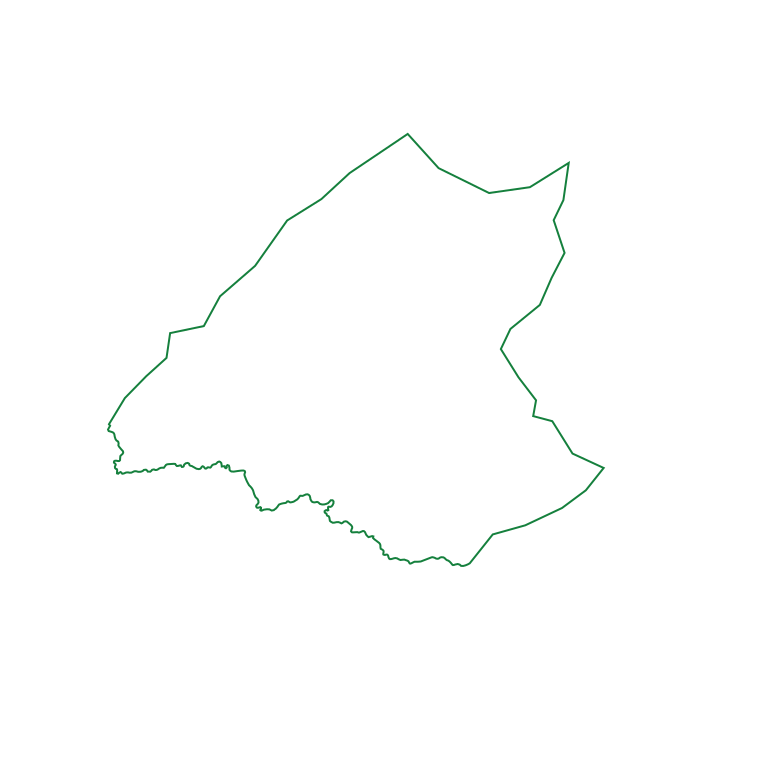 Asokwa Municipal, Ashanti, Ghana (Robinson projection), rotated 58°
{"feature_id": "2480657B91188187265148", "entity_name": "Asokwa Municipal", "entity_type": "district", "adm_level": 2, "iso_a3": "GHA", "parent_name": "Ghana", "parent_adm1": "Ashanti", "projection": "robinson", "projection_center": [-1.578, 6.646], "detail": "fine", "context": "isolated", "style": "outline", "palette": "green", "viewbox_px": 768, "rotation_deg": 58, "n_neighbors": 0, "source": "geoboundaries", "source_scale": "gbopen_adm2", "svg_char_len": 4857}
<svg xmlns="http://www.w3.org/2000/svg" viewBox="0 0 768 768"><g transform="rotate(58 384 384)"><path d="M581.5,406.3L569.2,371.5L578.7,339.1L583.5,298.7L581.1,269.1L571.6,242.2L542.9,261.0L504.7,261.0L490.3,274.5L478.4,263.7L449.7,266.4L416.3,266.4L404.3,247.6L399.5,209.9L382.8,185.6L368.5,161.4L335.0,153.3L323.1,134.4L294.4,110.2L294.4,156.0L277.7,193.7L229.9,223.3L184.5,231.4L186.9,301.4L194.0,339.1L194.0,379.5L215.5,430.7L222.7,476.5L239.4,506.1L227.5,538.4L246.6,554.6L251.4,581.5L258.6,611.2L272.4,638.6L274.3,638.4L275.0,639.8L275.7,641.0L276.4,642.2L278.0,642.4L279.9,640.7L281.3,639.6L282.7,639.2L283.9,639.4L286.1,640.3L287.3,640.6L288.5,640.9L290.2,640.8L291.2,640.3L292.0,640.0L293.7,640.5L295.3,641.8L296.7,641.9L299.8,641.5L302.8,641.0L304.1,641.6L304.8,642.9L305.0,644.4L305.4,645.8L307.4,647.3L308.1,647.8L308.7,648.2L309.0,649.2L308.5,650.3L307.3,651.5L306.5,652.9L306.5,653.8L307.0,654.3L307.6,654.7L309.3,654.1L310.4,654.3L311.3,655.9L312.6,656.6L313.8,656.4L314.6,655.7L315.6,655.9L318.3,657.8L319.2,657.0L318.9,655.5L319.1,654.0L320.2,653.7L321.4,653.5L322.0,652.1L322.4,649.6L323.3,647.9L324.3,646.9L325.3,645.2L325.7,642.0L326.5,640.6L327.3,639.8L328.1,639.1L329.3,637.2L329.7,636.0L329.9,634.6L329.6,633.2L330.5,631.3L331.7,630.8L333.1,630.8L334.5,628.6L334.3,627.3L333.9,626.2L334.3,624.8L334.9,624.0L335.7,623.6L336.4,622.3L336.6,621.3L336.5,619.7L336.7,618.0L337.4,616.5L338.4,615.1L337.1,611.8L337.2,610.5L337.8,609.2L340.4,604.4L341.2,603.4L342.7,603.4L343.8,603.1L344.4,601.9L344.9,600.2L345.3,599.4L346.3,599.4L347.2,599.4L347.7,598.5L347.7,597.6L346.5,596.2L346.2,594.2L346.9,592.3L347.7,591.8L348.4,591.5L349.0,591.8L350.0,591.9L350.8,591.4L351.8,590.4L352.8,589.9L353.7,589.4L356.5,587.9L358.1,586.1L358.5,584.7L358.3,583.7L357.7,582.6L357.6,581.5L358.3,580.9L359.1,580.7L360.8,580.5L361.4,579.9L361.5,578.9L361.2,578.0L361.4,577.3L361.9,576.8L362.9,575.5L362.7,574.6L361.9,573.1L361.8,571.7L362.2,570.3L362.7,569.2L362.5,567.9L362.1,566.5L362.4,564.9L363.3,564.2L364.1,564.0L364.9,563.9L366.8,564.7L368.0,565.3L369.0,563.1L371.1,563.1L371.7,562.7L371.5,561.6L370.0,561.0L369.9,560.4L369.8,559.7L371.0,558.8L373.1,559.4L374.9,560.5L376.3,560.3L377.3,559.8L378.7,557.8L380.1,554.6L381.6,551.3L382.3,550.0L383.1,548.8L384.2,548.2L385.2,548.5L385.8,549.3L386.6,550.2L387.6,550.7L388.4,550.9L391.1,551.4L392.9,551.7L394.8,551.9L398.3,552.1L400.3,551.6L402.4,551.3L404.8,551.4L408.7,552.5L411.8,552.9L414.5,552.2L415.5,552.3L416.4,552.4L418.1,553.3L418.7,554.4L419.3,556.6L420.1,557.3L420.9,557.4L421.7,557.2L422.3,556.2L422.9,554.1L423.7,553.8L424.6,554.4L425.3,555.7L426.2,555.4L426.6,554.8L426.9,552.5L428.2,549.6L428.9,548.6L429.6,547.6L431.8,546.3L432.6,544.2L432.4,543.5L432.4,542.0L431.7,539.5L431.1,538.2L430.6,536.8L431.1,534.5L431.8,532.5L432.6,530.8L432.8,529.6L432.3,528.3L432.8,527.3L433.7,526.9L434.7,526.3L435.3,525.0L435.6,524.0L435.9,523.0L435.9,521.4L435.9,518.7L435.4,516.9L434.5,515.0L434.4,514.2L435.4,512.8L435.8,512.2L436.3,508.7L437.1,507.2L438.3,506.5L439.6,506.3L441.0,506.7L441.8,507.0L442.6,507.4L444.4,507.6L446.1,507.3L447.4,506.0L448.1,504.5L448.5,503.3L449.3,502.6L450.1,502.3L451.7,501.9L453.4,500.3L454.5,498.4L455.1,496.4L455.4,494.5L454.9,492.4L454.4,490.8L455.4,489.2L456.8,489.0L458.4,490.1L459.6,492.0L460.0,493.3L459.8,494.6L458.7,496.0L458.8,496.7L460.1,497.5L461.5,498.1L461.4,498.9L460.3,499.8L460.2,500.7L460.4,501.8L461.4,502.3L462.2,502.2L463.4,501.5L464.3,501.8L465.4,502.0L466.9,501.0L468.2,501.1L469.2,501.5L470.4,502.0L471.4,502.4L472.5,502.1L474.5,501.0L475.2,499.7L476.0,497.5L476.9,495.9L478.2,494.8L479.6,494.0L479.8,492.9L479.5,490.9L480.1,489.3L481.0,488.4L481.8,488.1L486.2,486.7L488.0,486.6L489.2,487.2L490.0,488.4L491.4,490.0L492.6,489.9L493.3,489.1L494.5,486.9L495.5,485.1L496.5,484.3L496.9,483.6L497.5,479.8L498.1,479.0L498.8,478.8L499.5,478.6L502.4,479.0L504.7,478.6L505.7,478.2L506.3,476.1L506.7,474.7L507.6,473.8L508.2,474.4L508.8,474.9L510.5,474.5L516.3,472.3L517.7,472.2L518.8,472.5L520.7,473.6L522.0,474.1L523.0,473.5L524.1,473.0L525.1,472.8L526.2,473.3L527.2,474.3L528.2,474.9L529.0,474.4L529.5,473.7L529.8,472.6L530.3,471.8L531.5,471.4L533.0,471.9L534.7,472.2L535.7,471.7L536.3,470.6L536.7,469.3L537.0,468.1L537.6,466.6L538.9,465.2L540.3,464.5L541.3,463.8L542.0,463.3L542.8,461.5L543.7,459.8L545.0,458.8L545.9,458.0L547.3,457.2L548.5,457.3L549.8,457.3L550.4,456.6L550.6,455.1L550.7,453.8L550.9,452.3L552.5,449.8L554.0,446.9L554.3,445.3L556.1,436.0L556.4,434.9L557.3,433.9L558.4,433.0L559.7,432.3L560.6,431.2L561.0,430.2L560.9,428.5L561.2,427.3L561.8,426.4L562.6,425.4L563.9,424.8L565.4,424.5L566.7,424.0L567.8,423.1L569.2,422.5L571.0,422.1L573.5,421.8L574.1,421.5L574.6,420.4L574.8,419.4L575.3,418.0L575.7,416.9L577.3,415.5L579.1,415.0L579.7,414.1L580.3,413.2L581.0,410.9L581.4,408.4L581.5,406.3Z" fill="none" stroke="#15803d" stroke-width="2"/></g></svg>